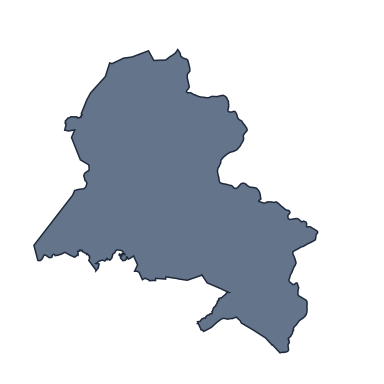 the district of Santa Catarina, San Luis Potosí, Mexico, rotated 284°
{"feature_id": "50627088B21714433224549", "entity_name": "Santa Catarina", "entity_type": "district", "adm_level": 2, "iso_a3": "MEX", "parent_name": "Mexico", "parent_adm1": "San Luis Potosí", "projection": "mercator", "projection_center": [-99.419, 21.575], "detail": "fine", "context": "isolated", "style": "filled", "palette": "slate", "viewbox_px": 384, "rotation_deg": 284, "n_neighbors": 0, "source": "geoboundaries", "source_scale": "gbopen_adm2", "svg_char_len": 5933}
<svg xmlns="http://www.w3.org/2000/svg" viewBox="0 0 384 384"><g transform="rotate(284 192 192)"><path d="M126.8,317.4L128.9,316.3L129.1,315.5L128.6,314.6L128.0,314.4L127.1,313.5L126.6,312.3L128.2,308.9L128.7,308.2L129.7,307.4L130.3,307.2L131.6,307.5L135.0,307.5L138.5,308.4L142.8,308.9L144.3,309.2L146.1,309.9L148.5,310.1L152.2,308.0L156.6,304.7L158.2,304.4L159.7,305.5L163.2,309.4L164.3,310.4L165.2,311.4L166.1,313.1L170.1,317.2L171.3,318.9L175.1,323.0L176.2,323.3L180.1,322.8L181.1,322.9L182.7,323.8L183.9,323.4L184.4,322.8L186.8,315.3L186.6,313.7L186.2,313.0L185.9,312.2L186.0,311.8L186.8,311.3L189.3,310.8L190.3,309.9L190.6,308.7L190.7,307.2L189.7,305.8L189.6,305.3L191.3,302.3L191.7,300.5L191.3,298.9L190.8,298.4L190.5,297.0L189.4,294.9L189.1,293.9L189.2,292.2L189.8,291.6L191.9,290.8L193.0,290.8L194.2,291.6L195.6,292.0L196.2,291.9L197.3,290.9L197.5,290.0L197.3,288.7L197.7,286.7L199.2,283.7L199.6,282.5L201.9,278.5L202.8,276.3L201.7,274.0L201.6,271.6L200.8,268.0L200.4,267.1L199.3,266.1L198.7,264.7L198.6,263.8L199.1,259.1L199.9,258.9L200.2,259.1L201.4,260.4L201.7,260.5L202.1,260.5L203.7,259.6L205.7,259.0L207.9,257.7L209.4,256.4L211.2,253.8L211.4,253.0L211.1,249.3L210.7,246.9L211.5,244.4L212.7,242.3L213.0,241.2L213.0,239.5L212.3,238.2L211.7,237.5L206.9,234.9L206.5,234.4L205.9,232.8L205.9,231.8L207.3,230.1L207.8,228.5L207.6,225.1L207.8,224.0L207.7,221.8L207.5,219.3L207.8,217.3L208.2,216.4L210.8,215.1L212.6,214.5L215.2,213.0L218.4,211.6L221.3,211.4L224.0,212.3L225.8,212.4L226.9,212.8L229.9,212.4L233.3,214.0L237.4,217.0L239.7,219.3L241.6,222.7L243.9,225.4L248.8,227.8L250.2,228.0L253.2,229.0L254.8,229.3L256.8,229.1L258.3,228.3L259.3,228.1L261.8,228.9L263.8,230.1L265.4,230.6L267.4,229.5L267.7,228.9L269.7,226.9L270.8,225.2L272.9,223.1L273.7,220.0L275.1,218.3L278.5,216.4L280.3,214.6L280.5,214.2L280.4,213.0L279.2,211.3L278.7,209.0L278.9,208.2L279.5,207.1L280.2,206.9L282.0,207.1L282.5,206.9L283.8,207.0L284.3,206.6L285.6,206.5L286.8,206.0L287.1,205.7L288.7,205.5L289.6,204.7L290.3,203.9L291.1,203.5L292.2,202.4L292.9,200.7L293.3,199.5L293.3,198.5L292.4,196.8L292.1,195.8L291.0,194.2L290.5,192.6L289.6,188.2L287.7,185.6L287.1,184.1L286.9,183.1L286.9,181.5L286.3,177.7L286.3,175.7L286.6,172.8L287.1,171.2L286.9,170.5L288.0,166.7L287.2,163.6L287.7,162.5L288.8,162.2L291.3,163.5L293.3,164.0L301.6,159.8L305.1,159.0L308.9,160.7L311.8,159.8L318.8,156.1L319.6,154.6L319.8,151.0L321.1,148.2L323.8,146.9L326.8,143.7L322.9,142.3L318.9,139.0L318.6,138.4L313.7,134.6L310.4,123.1L318.5,115.6L308.5,101.2L305.3,93.2L297.2,83.4L297.3,80.9L283.1,80.0L263.8,69.7L255.8,67.6L241.1,65.6L240.2,66.9L238.7,65.7L237.7,66.1L237.5,65.4L236.9,65.0L236.9,64.4L236.2,63.3L236.1,62.8L237.0,62.3L237.0,61.9L235.6,56.1L234.9,55.8L233.5,53.5L233.2,53.6L230.3,51.9L229.2,52.5L228.9,52.5L228.8,52.2L228.3,52.2L227.5,52.7L227.3,53.4L226.6,53.5L221.2,53.5L221.4,57.7L223.9,63.2L215.7,61.9L196.2,75.9L193.4,85.3L189.6,86.6L187.7,86.7L187.3,86.2L187.1,85.7L184.0,83.2L181.5,83.1L177.1,85.6L176.6,86.9L176.1,87.3L174.5,88.0L170.9,87.7L168.8,86.0L167.3,81.7L165.1,77.8L159.9,76.9L102.0,51.5L88.3,59.0L88.4,60.2L88.7,61.2L89.2,61.8L91.1,62.9L95.0,63.7L95.3,64.1L95.1,65.8L93.8,69.2L94.0,70.5L94.8,71.8L97.0,71.9L97.9,72.6L98.2,73.3L97.1,74.7L97.6,75.5L98.1,77.1L98.9,78.1L99.8,79.9L102.7,83.3L101.2,89.0L100.3,93.7L100.4,94.1L102.8,95.8L102.9,96.8L104.6,96.5L106.8,95.4L107.5,97.3L108.5,97.1L108.8,97.3L108.3,98.5L108.8,99.6L107.7,99.9L106.6,104.8L106.0,104.8L105.8,105.1L106.4,105.8L105.5,107.0L105.5,107.5L105.0,107.9L104.1,108.0L104.1,108.5L102.5,108.7L100.6,108.4L93.2,117.5L92.2,117.8L95.5,119.4L99.4,119.3L99.8,119.2L99.5,116.2L99.7,116.4L100.0,116.8L101.5,117.7L101.7,118.2L102.4,118.6L103.0,119.7L103.6,120.2L104.2,122.1L104.2,123.0L103.9,123.7L104.0,124.2L105.2,125.0L106.8,125.4L106.6,126.4L106.0,126.6L106.4,127.4L106.4,128.3L106.0,128.7L106.2,129.0L108.8,130.3L110.4,130.1L110.6,130.3L112.4,130.2L114.8,132.0L116.1,132.0L117.6,133.1L117.8,133.8L118.1,136.1L118.1,138.1L117.2,139.7L116.3,139.8L115.6,141.8L114.9,141.9L115.2,139.0L113.5,139.3L114.3,136.6L113.4,136.5L112.8,136.8L112.2,138.8L110.7,138.5L108.6,141.6L109.5,143.5L110.5,144.4L113.1,144.2L113.2,145.0L112.0,145.2L111.8,146.4L111.5,146.5L112.7,148.0L115.8,150.8L108.2,156.8L101.2,155.5L101.8,157.8L101.3,160.0L94.9,165.1L97.0,167.4L96.6,169.2L96.4,171.2L95.8,171.7L95.6,172.4L96.4,174.4L97.3,178.1L99.4,177.6L101.1,187.5L103.4,187.4L104.1,195.4L104.5,198.6L104.3,199.0L105.2,208.7L113.3,221.2L114.0,221.6L107.5,228.7L105.4,241.8L103.4,252.0L102.7,250.0L101.0,249.4L96.7,246.4L96.2,245.7L96.0,245.1L95.5,244.8L95.3,244.0L95.0,243.8L94.2,244.2L93.8,243.9L93.6,244.1L92.5,243.6L92.2,243.1L90.8,243.4L90.1,243.1L88.4,242.8L87.8,242.4L87.3,242.5L86.7,242.4L86.2,241.7L84.1,240.7L83.4,240.9L81.7,240.7L80.9,240.2L79.6,241.0L79.2,240.9L79.1,240.6L78.4,240.2L78.4,239.2L76.7,238.0L76.6,237.3L75.8,236.6L74.5,235.7L73.6,235.6L73.3,235.8L73.0,235.7L73.0,235.0L72.6,234.8L72.3,233.5L71.7,233.2L71.2,232.2L68.5,231.2L67.5,228.8L66.9,229.4L65.7,229.0L65.8,229.9L61.8,233.2L60.5,234.0L60.4,234.5L60.7,235.4L59.5,237.0L62.0,239.9L65.3,243.5L71.4,247.6L75.5,250.9L76.5,252.2L77.1,253.4L77.3,257.7L78.6,260.1L78.8,261.6L81.3,265.2L78.8,269.9L76.8,271.6L73.0,284.5L68.2,298.7L62.9,306.7L63.3,306.9L57.2,316.3L58.5,318.7L58.4,319.6L59.1,320.8L59.2,321.5L60.3,323.1L61.1,323.7L61.9,323.9L63.1,323.6L65.6,322.5L66.8,322.3L67.4,322.1L69.0,322.8L69.5,322.6L69.9,322.7L70.4,322.6L70.8,322.4L71.2,321.8L71.8,321.8L72.3,321.6L72.3,321.3L72.5,321.0L72.9,321.2L73.5,320.9L75.6,322.6L76.6,322.9L76.9,322.8L78.2,323.4L79.5,323.6L80.3,323.6L80.6,323.4L81.6,323.5L81.9,323.9L82.5,324.0L82.7,323.7L84.2,323.3L85.1,323.7L85.9,323.8L88.1,325.2L93.0,327.2L97.1,330.7L99.0,331.8L100.6,332.4L102.3,332.5L103.4,332.5L106.6,331.9L108.6,331.2L109.6,331.1L111.9,330.6L113.7,329.9L114.6,329.0L117.1,320.8L117.6,320.0L117.9,319.7L121.3,318.8L125.2,318.6L126.8,317.4Z" fill="#64748b" stroke="#1e293b" stroke-width="1.5"/></g></svg>